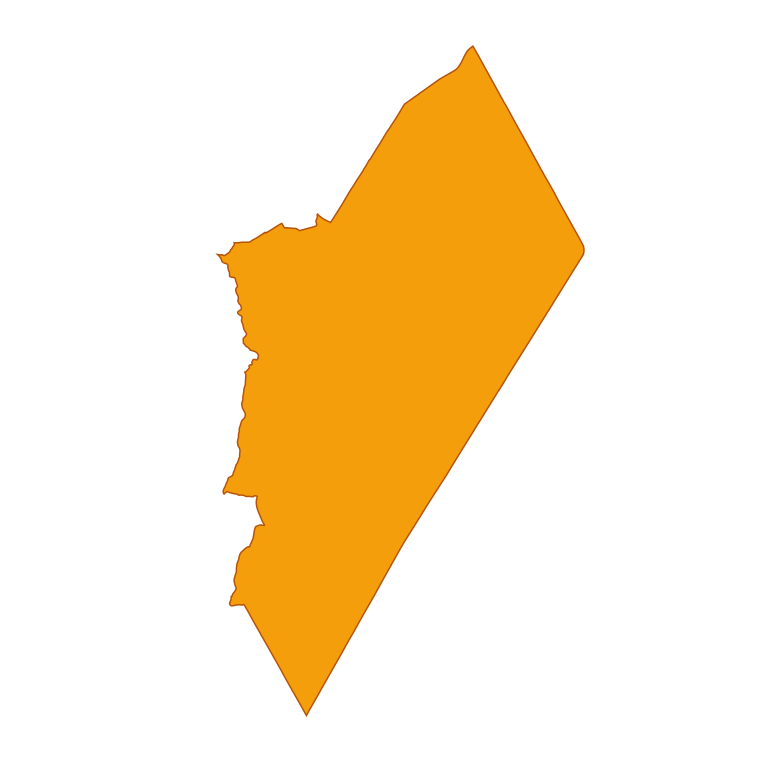 Wang Noi, Phra Nakhon Si Ayutthaya, Thailand (Natural Earth projection), rotated 331°
{"feature_id": "78962969B3503763709973", "entity_name": "Wang Noi", "entity_type": "district", "adm_level": 2, "iso_a3": "THA", "parent_name": "Thailand", "parent_adm1": "Phra Nakhon Si Ayutthaya", "projection": "natural_earth1", "projection_center": [100.685, 14.236], "detail": "fine", "context": "isolated", "style": "filled", "palette": "amber", "viewbox_px": 768, "rotation_deg": 331, "n_neighbors": 0, "source": "geoboundaries", "source_scale": "gbopen_adm2", "svg_char_len": 6159}
<svg xmlns="http://www.w3.org/2000/svg" viewBox="0 0 768 768"><g transform="rotate(331 384 384)"><path d="M155.4,636.4L160.2,633.3L172.6,625.8L183.4,619.1L216.5,598.9L229.6,590.7L236.8,586.5L242.8,582.7L255.9,574.6L273.2,564.1L292.5,552.0L319.2,535.5L324.4,532.4L354.6,515.7L361.7,511.6L394.6,493.9L414.2,482.7L440.7,467.9L445.4,465.2L451.5,461.9L477.9,447.1L487.1,442.1L497.7,436.0L529.5,418.4L540.2,412.5L606.0,375.8L619.2,368.5L621.0,367.4L621.7,366.8L623.3,364.7L623.9,363.7L624.4,362.7L625.1,360.8L625.3,359.9L625.5,354.1L625.5,342.8L625.4,314.2L625.5,302.6L625.5,301.7L625.7,300.3L625.4,276.6L625.5,275.8L625.4,272.9L625.5,256.6L625.5,251.3L625.6,239.3L625.6,235.5L625.6,231.5L625.5,221.0L625.7,200.2L625.5,195.3L625.6,192.9L625.5,188.6L625.6,184.9L625.6,182.4L625.6,175.7L625.6,170.0L625.7,144.3L625.6,131.6L624.1,131.8L621.6,132.2L619.4,132.8L618.6,133.1L616.7,134.0L612.5,136.7L607.7,140.1L604.5,142.0L602.1,143.1L600.8,143.5L599.0,143.9L598.0,144.0L586.4,144.2L580.4,144.3L537.5,149.2L524.2,156.9L515.4,161.5L514.3,162.2L508.5,165.0L497.1,171.6L490.9,175.0L481.6,180.3L481.2,180.5L479.9,180.9L479.4,181.1L477.6,182.2L476.5,182.8L475.3,183.7L472.7,185.2L470.7,186.1L469.4,187.1L461.7,191.2L460.0,192.0L452.3,196.3L449.0,198.0L445.0,200.3L433.9,206.9L418.7,215.2L415.5,216.8L412.1,212.0L410.7,209.6L408.9,205.6L408.2,203.2L407.8,203.3L407.5,203.6L407.3,204.3L407.0,205.0L406.3,205.9L405.7,206.6L404.5,207.5L403.7,208.3L403.3,208.8L402.8,210.9L402.7,211.3L401.9,212.6L401.6,212.8L401.2,212.8L399.8,212.6L399.0,212.5L395.8,211.7L388.0,209.8L384.5,208.9L384.2,208.6L383.0,206.1L382.4,205.3L379.7,203.6L374.5,200.1L372.6,199.3L372.5,194.1L372.4,193.9L369.8,193.9L362.6,194.3L354.3,194.7L354.3,194.3L354.2,194.3L353.5,194.3L353.3,193.7L353.1,193.6L351.6,193.9L350.4,194.0L347.9,194.1L345.3,194.4L343.6,194.4L342.3,194.5L338.0,194.4L337.2,194.6L335.6,194.7L335.1,194.6L333.8,194.0L330.9,192.5L328.4,191.1L325.0,189.8L322.0,188.1L321.5,187.7L321.3,188.4L320.3,189.7L319.7,190.2L318.0,190.8L317.2,191.5L316.2,192.0L314.7,192.4L313.3,193.5L312.3,193.9L311.0,193.9L310.2,194.2L308.6,194.2L307.7,194.4L306.6,194.2L306.1,193.8L305.3,192.7L305.0,192.4L303.3,191.7L302.2,190.8L301.2,190.0L301.7,191.7L302.0,193.2L302.2,195.0L302.1,196.3L301.7,198.1L301.8,198.8L302.3,199.8L303.0,201.0L303.4,201.4L304.6,202.4L304.9,203.1L305.0,203.6L305.1,204.0L305.0,204.7L304.8,205.1L304.1,206.1L303.7,206.9L303.3,208.7L302.9,211.4L302.8,211.8L302.3,212.9L301.4,214.3L301.3,214.8L301.3,215.2L301.6,215.8L303.1,217.2L304.6,218.3L304.8,218.5L304.9,218.8L305.0,219.4L304.8,220.5L304.2,222.5L303.5,226.9L303.2,227.4L302.8,227.8L301.1,228.6L300.7,228.9L299.9,229.9L299.6,230.6L299.1,232.3L299.0,233.8L299.0,236.0L298.7,237.4L298.1,238.5L296.6,240.3L296.4,240.8L296.3,241.3L296.2,242.0L296.2,243.4L296.7,245.4L296.7,246.1L296.4,247.4L296.0,248.6L295.6,249.1L295.1,249.5L294.3,249.7L292.0,249.7L291.1,250.1L290.8,250.3L290.6,250.7L290.5,251.1L290.5,251.6L290.7,252.5L291.2,253.5L292.3,255.6L292.4,256.1L292.2,256.5L291.8,257.4L290.4,258.9L290.2,259.3L290.0,259.8L289.7,261.0L289.5,263.0L288.0,268.3L288.0,269.8L288.2,272.9L288.1,273.5L287.5,274.3L286.8,274.7L283.2,276.0L282.9,276.2L282.6,276.4L281.2,279.5L280.8,280.0L281.2,281.5L281.6,284.1L282.6,285.7L283.0,286.8L283.3,287.9L283.4,289.1L283.5,289.6L283.9,290.0L285.1,291.1L286.8,293.0L287.1,293.4L287.9,295.0L288.1,295.8L288.1,296.2L288.0,298.1L287.9,298.4L287.6,298.8L287.0,299.6L285.7,300.9L285.4,301.0L284.9,301.2L284.5,301.2L284.0,301.0L283.1,300.0L282.3,299.5L281.8,299.3L281.2,299.4L280.0,300.1L279.0,300.9L278.8,301.3L278.4,302.5L278.2,302.9L277.8,303.0L277.4,302.9L276.1,302.4L275.3,302.4L274.7,302.8L274.5,303.0L274.4,303.5L274.3,304.5L274.0,304.8L273.0,305.1L269.3,306.3L268.9,306.3L268.3,306.0L268.1,306.1L267.9,306.4L267.9,308.1L267.8,308.6L267.6,309.1L265.0,313.1L263.1,316.2L262.0,317.7L259.4,320.1L258.0,322.1L256.3,324.4L255.5,325.5L254.6,326.4L254.2,327.0L253.5,328.5L252.7,329.6L250.0,332.2L249.1,334.6L248.6,336.4L248.5,337.7L248.4,341.5L248.3,342.4L248.0,343.3L247.0,344.8L246.6,345.3L245.0,346.3L243.7,346.7L242.5,346.8L242.1,347.0L240.4,348.4L238.5,350.3L236.4,352.2L235.8,352.8L234.6,355.1L232.2,357.6L231.7,358.8L231.1,359.7L230.2,360.8L228.4,362.7L227.9,363.4L227.3,364.6L226.6,366.5L226.4,368.0L226.5,369.3L226.5,370.0L226.3,370.8L225.9,372.1L225.6,372.7L223.0,376.6L222.6,377.5L221.9,378.0L221.3,378.7L217.4,382.1L215.3,383.1L212.1,386.3L210.8,387.3L209.3,388.5L207.3,390.6L204.2,390.7L202.8,390.6L202.4,390.7L202.0,390.9L200.6,392.4L200.1,392.9L198.3,394.2L197.0,395.2L196.1,396.0L194.5,397.3L193.8,397.6L191.8,399.2L191.5,399.6L190.6,401.7L190.7,402.1L190.8,402.7L191.6,402.4L194.1,402.0L194.5,402.0L194.8,402.1L195.1,402.4L195.9,403.6L196.4,404.2L199.3,406.9L201.4,408.5L203.1,410.8L203.5,411.1L205.5,412.0L207.0,413.1L209.1,415.7L209.6,416.0L210.7,416.4L211.7,417.0L213.9,418.6L214.5,419.0L215.0,419.1L216.7,419.0L217.0,419.1L217.8,419.8L218.6,420.7L217.5,422.3L216.3,423.5L215.5,424.6L215.1,425.2L214.1,427.2L213.3,429.4L212.7,431.6L212.2,434.5L211.0,445.2L211.0,446.4L211.1,449.2L211.0,449.5L210.9,449.6L210.6,449.6L209.4,448.7L208.0,447.7L206.9,447.1L205.8,446.9L203.3,446.6L202.9,446.6L202.4,446.7L201.8,447.1L200.0,448.8L196.4,453.4L194.3,455.9L191.3,458.2L189.4,459.5L187.7,461.1L186.8,460.8L185.4,460.4L184.8,460.4L182.3,460.7L180.9,461.2L177.9,461.8L177.0,462.2L175.5,463.1L174.3,464.1L173.7,464.7L172.6,466.1L171.2,467.6L169.8,468.7L168.5,469.7L167.6,470.8L165.7,473.4L163.5,477.2L162.1,478.1L161.5,478.9L158.8,481.5L158.2,482.2L157.8,482.9L157.3,483.9L156.8,485.5L156.1,488.4L155.9,489.6L155.8,490.8L155.7,491.1L155.4,491.5L154.8,491.9L152.6,493.3L152.0,493.5L151.3,493.7L149.6,494.5L148.6,495.5L148.2,495.8L147.7,495.9L147.3,495.8L147.1,496.4L145.8,498.3L145.3,498.8L144.2,499.4L142.8,500.8L142.3,501.5L142.3,502.4L142.4,503.1L142.8,503.8L143.2,504.2L144.1,504.6L147.3,505.6L149.4,506.4L150.8,507.2L152.6,508.5L154.3,508.8L154.5,509.1L154.6,509.6L154.7,512.5L154.8,516.6L154.7,528.5L154.9,541.1L154.8,545.7L154.8,546.2L155.0,546.5L154.9,547.1L154.9,549.6L155.0,555.6L155.2,584.4L155.1,592.5L155.2,607.7L155.4,625.7L155.4,636.4Z" fill="#f59e0b" stroke="#b45309" stroke-width="1.5"/></g></svg>